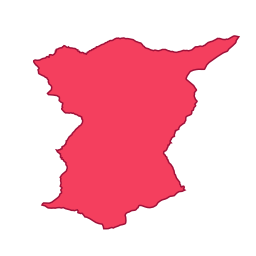 outline of Olmedo, Loja, Ecuador, rotated 276°
{"feature_id": "8360857B52842084274578", "entity_name": "Olmedo", "entity_type": "district", "adm_level": 2, "iso_a3": "ECU", "parent_name": "Ecuador", "parent_adm1": "Loja", "projection": "equal_earth", "projection_center": [-79.604, -3.94], "detail": "fine", "context": "isolated", "style": "filled", "palette": "rose", "viewbox_px": 256, "rotation_deg": 276, "n_neighbors": 0, "source": "geoboundaries", "source_scale": "gbopen_adm2", "svg_char_len": 5764}
<svg xmlns="http://www.w3.org/2000/svg" viewBox="0 0 256 256"><g transform="rotate(276 128 128)"><path d="M185.1,27.3L184.0,27.3L182.4,28.5L181.0,29.9L180.3,31.1L178.4,33.2L177.7,33.3L176.5,32.4L174.5,33.2L173.4,33.3L172.7,33.8L171.3,37.4L170.7,39.3L169.8,40.5L169.5,42.0L168.7,42.4L167.6,43.6L166.8,44.0L165.5,43.9L164.4,44.6L163.6,44.8L162.6,46.5L161.4,47.6L160.5,47.9L158.1,47.8L154.0,44.3L152.9,45.4L153.0,50.4L152.8,54.0L152.5,54.7L152.2,55.0L151.5,56.5L149.5,56.8L149.0,56.6L148.1,56.7L146.6,58.8L146.0,60.5L145.0,60.6L143.8,60.2L142.9,60.5L142.2,60.2L141.4,60.8L140.5,60.1L139.8,60.2L137.4,62.8L136.6,64.1L136.5,64.5L136.7,65.7L136.7,68.2L137.2,69.7L136.8,71.0L137.1,72.0L136.1,74.1L135.9,76.0L134.9,77.6L134.8,78.1L135.0,78.8L134.6,79.1L134.4,80.2L134.0,80.4L133.9,80.9L133.1,80.9L132.7,81.2L132.2,81.1L131.5,81.9L131.1,82.0L129.7,82.2L128.2,82.0L126.2,81.0L125.2,80.0L124.7,79.1L124.2,79.0L120.9,76.0L119.8,75.5L116.7,73.1L115.4,72.9L114.9,72.0L114.4,71.9L113.9,71.2L113.0,70.4L109.0,68.6L108.7,67.9L107.3,68.2L106.9,68.1L106.3,67.6L105.4,67.8L104.6,66.9L104.0,66.6L103.5,66.2L102.5,64.4L101.8,64.3L101.4,64.6L100.4,64.5L100.1,63.3L99.5,63.1L99.2,61.7L98.4,60.7L98.6,59.2L96.9,60.4L95.6,62.5L95.2,63.5L94.5,63.4L93.2,64.1L92.2,63.7L91.7,64.2L91.5,65.3L90.8,64.9L90.3,65.0L89.8,67.0L88.7,67.4L87.0,69.9L85.6,70.0L84.8,70.3L83.8,71.3L82.5,71.7L81.5,71.8L80.7,71.5L79.2,71.3L78.5,70.9L75.8,68.2L73.9,66.7L72.9,66.4L71.9,65.7L70.7,66.5L68.9,66.4L66.4,67.2L65.4,67.2L63.0,66.7L62.8,66.9L62.2,68.1L61.5,68.6L59.3,67.6L57.6,68.6L56.4,68.6L55.3,67.3L53.7,67.0L52.6,66.5L51.3,65.4L46.4,60.2L45.0,57.6L44.6,51.9L43.7,51.0L42.4,50.5L41.9,53.7L40.4,56.4L40.2,57.0L40.3,60.2L40.7,62.6L40.7,64.0L41.3,65.8L41.7,68.0L41.5,70.2L42.1,71.8L41.9,72.7L41.3,74.3L40.6,78.9L40.2,80.2L40.4,82.6L40.2,83.0L40.2,83.4L41.3,86.1L40.4,87.0L38.7,87.0L38.4,87.4L38.4,88.6L38.0,89.5L38.2,90.4L38.3,91.4L36.3,93.4L35.1,94.4L35.0,96.3L33.9,99.4L30.7,105.9L29.9,109.1L29.7,112.2L29.3,112.7L27.5,113.7L25.3,114.4L25.8,118.7L27.3,122.0L27.3,122.7L27.0,123.8L28.1,125.5L29.6,128.7L30.6,130.2L31.4,132.7L32.3,134.8L32.8,135.3L33.5,135.6L35.6,135.6L39.1,135.0L40.8,134.3L42.0,134.5L43.3,135.4L44.2,136.8L44.5,137.7L46.2,140.2L47.0,143.5L47.4,144.2L48.0,144.8L49.0,145.3L49.8,146.3L51.4,146.7L52.1,147.3L52.3,148.2L52.3,149.7L51.4,153.3L51.0,156.0L51.1,158.2L52.1,161.3L53.7,163.6L54.4,164.3L57.1,165.7L59.2,168.1L60.2,169.7L61.4,172.6L62.4,174.3L64.1,176.4L64.5,177.2L65.0,179.3L65.6,181.1L68.3,183.2L69.9,185.1L70.1,185.7L70.7,188.4L72.2,191.0L72.8,189.7L73.2,189.6L74.0,190.0L74.8,190.1L75.7,189.8L75.9,189.5L75.9,188.8L75.2,187.8L75.0,187.3L75.3,186.7L76.6,186.3L77.6,185.4L79.5,185.0L83.1,181.6L84.9,180.6L86.2,180.1L87.1,179.1L90.3,178.2L92.6,176.9L93.4,176.7L96.3,174.3L97.3,172.8L98.7,171.7L99.2,171.7L100.2,170.9L100.7,170.9L101.1,170.3L101.6,169.9L102.6,169.8L103.1,169.6L103.7,168.4L104.8,167.9L105.5,166.8L106.0,166.5L106.3,166.1L108.1,166.1L108.7,166.6L109.3,167.8L110.7,168.8L111.3,168.8L113.7,169.7L115.2,169.7L115.2,170.4L115.8,170.9L117.1,171.1L117.6,171.8L117.8,172.5L118.8,171.4L120.0,171.4L121.0,172.1L122.2,172.3L123.8,173.6L124.4,174.8L124.8,175.1L125.6,174.7L126.1,174.7L128.1,175.2L128.6,175.1L129.7,175.7L130.2,175.4L130.7,175.9L130.9,176.6L132.1,178.6L133.1,178.5L135.1,179.3L137.6,181.9L139.0,183.7L140.0,183.8L141.6,184.6L144.5,184.4L145.2,184.7L146.3,185.9L146.9,187.3L148.1,189.2L148.7,189.6L149.7,189.9L150.7,189.6L151.2,189.7L151.9,190.0L152.5,191.0L153.1,191.2L155.1,191.4L156.9,192.8L157.5,192.9L158.7,192.0L161.5,193.9L162.0,193.8L163.5,192.1L166.1,190.7L167.1,190.4L168.3,190.6L170.2,190.4L172.8,192.1L173.4,191.9L174.4,190.9L177.1,188.8L182.1,181.4L182.6,180.8L183.3,180.6L186.1,181.4L190.1,183.6L190.9,184.3L192.4,187.0L193.3,189.8L193.8,192.0L194.3,197.6L194.5,198.0L199.1,199.8L201.7,201.8L208.4,209.4L212.3,214.3L213.2,215.7L214.6,218.5L215.1,219.0L217.1,220.0L220.8,223.5L223.7,225.9L224.8,226.4L226.3,226.5L230.3,228.7L230.7,224.6L230.4,223.3L226.9,218.4L226.6,217.7L226.7,216.7L226.1,215.4L226.0,213.0L226.6,209.9L226.4,207.5L225.9,207.1L224.8,205.5L223.0,202.7L222.6,201.4L221.4,198.8L218.9,196.2L218.4,196.0L217.9,194.8L217.1,193.8L216.9,193.1L217.0,191.1L216.1,189.0L215.8,186.9L215.5,186.3L212.5,183.5L212.1,182.8L211.1,180.2L211.3,178.5L211.0,177.1L211.0,175.0L209.5,171.8L209.2,170.5L208.9,170.0L208.3,168.3L208.3,166.1L208.8,164.1L208.5,162.8L208.6,162.2L209.1,160.6L209.0,160.0L209.3,159.1L210.0,157.0L209.7,154.0L208.7,152.2L207.9,150.0L208.3,146.7L207.6,145.2L208.1,142.3L209.0,139.8L209.3,137.7L209.9,136.3L210.7,135.6L211.3,134.4L212.3,133.6L213.8,131.9L214.2,129.3L214.5,128.6L214.8,126.9L216.4,123.8L216.9,118.4L216.6,116.3L217.1,114.5L216.5,111.8L216.1,111.1L216.1,110.0L216.4,109.4L216.4,108.9L216.2,108.4L216.1,107.2L215.3,105.7L213.6,103.5L213.3,102.8L213.2,101.6L213.0,100.9L212.7,100.4L212.3,100.2L211.8,98.9L210.9,98.1L210.5,96.9L208.9,95.0L208.2,93.2L205.9,89.9L205.6,89.3L205.4,88.1L204.2,87.6L203.8,86.5L203.4,86.3L203.2,85.3L202.3,84.8L202.1,83.8L201.3,83.3L200.8,81.8L199.3,80.5L199.1,79.7L197.1,78.9L197.1,78.6L197.7,77.6L197.4,76.6L198.0,76.1L198.3,75.3L198.4,74.7L198.0,73.7L198.1,72.8L198.1,72.0L198.4,71.8L198.8,71.9L199.1,71.7L199.2,70.6L199.4,70.0L199.9,69.7L200.3,69.9L200.6,68.8L201.5,67.1L201.5,64.8L201.7,64.0L201.6,62.1L201.9,61.2L201.9,60.5L202.4,60.3L201.8,59.4L201.8,58.8L203.1,56.6L203.2,55.7L202.3,55.2L201.9,54.4L200.9,53.9L200.6,52.3L200.1,51.1L199.2,49.9L198.7,48.5L198.1,48.3L197.4,48.7L196.8,47.7L196.0,48.2L195.3,47.9L194.7,47.3L193.9,47.1L192.5,45.4L192.8,43.8L192.8,43.0L192.6,42.4L192.3,42.2L191.6,42.3L190.8,41.7L190.2,41.9L190.2,41.6L190.6,40.5L190.5,39.9L190.1,39.4L189.1,38.8L188.1,35.8L186.3,33.0L185.8,30.6L185.9,28.5L185.1,27.3Z" fill="#f43f5e" stroke="#9f1239" stroke-width="1.5"/></g></svg>